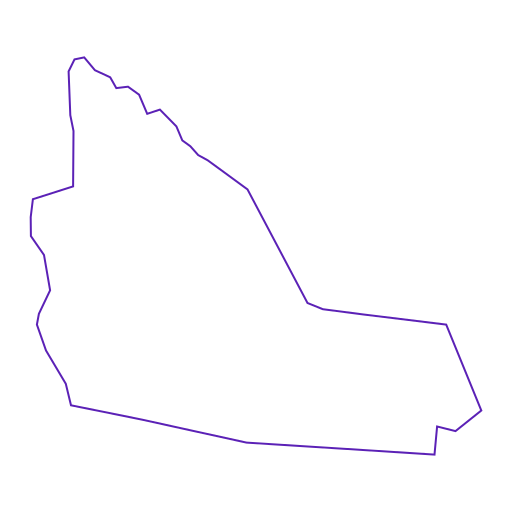 Lagoa d'Anta, Rio Grande do Norte, Brazil (orthographic projection)
{"feature_id": "56859067B71125649777264", "entity_name": "Lagoa d'Anta", "entity_type": "district", "adm_level": 2, "iso_a3": "BRA", "parent_name": "Brazil", "parent_adm1": "Rio Grande do Norte", "projection": "orthographic", "projection_center": [-35.638, -6.37], "detail": "fine", "context": "isolated", "style": "outline", "palette": "violet", "viewbox_px": 512, "rotation_deg": 0, "n_neighbors": 0, "source": "geoboundaries", "source_scale": "gbopen_adm2", "svg_char_len": 618}
<svg xmlns="http://www.w3.org/2000/svg" viewBox="0 0 512 512"><path d="M159.9,109.6L147.2,113.8L139.1,94.7L128.0,86.7L116.3,88.1L110.2,77.3L94.9,70.2L84.2,57.4L74.5,59.4L68.6,71.4L70.3,115.2L73.5,131.0L73.1,186.4L32.9,199.2L30.7,217.1L30.9,236.1L44.0,255.0L50.1,290.3L38.9,313.8L36.9,324.6L46.0,350.5L65.8,383.8L71.0,405.3L142.3,419.7L198.2,432.0L246.5,442.6L303.0,446.2L347.1,449.0L434.5,454.6L437.1,426.5L455.5,431.1L481.3,410.5L446.2,324.6L362.8,314.4L322.8,309.2L307.5,303.0L247.5,189.4L207.7,160.3L198.2,155.1L190.4,146.3L182.3,140.4L176.4,126.4L159.9,109.6Z" fill="none" stroke="#5b21b6" stroke-width="2"/></svg>